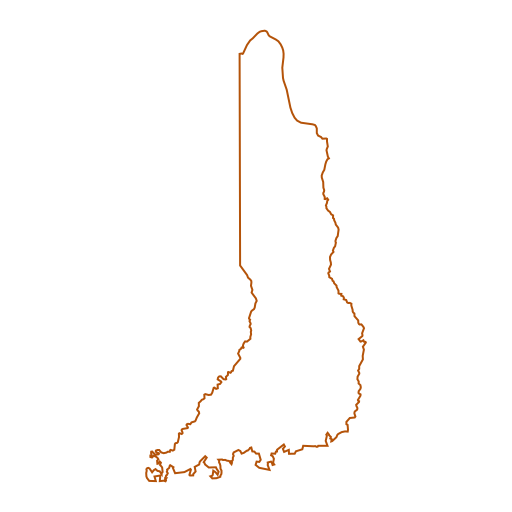 outline of Mironó, Ngöbe Buglé, Panama
{"feature_id": "35544464B14615778162617", "entity_name": "Mironó", "entity_type": "district", "adm_level": 2, "iso_a3": "PAN", "parent_name": "Panama", "parent_adm1": "Ngöbe Buglé", "projection": "natural_earth1", "projection_center": [-81.895, 8.486], "detail": "fine", "context": "isolated", "style": "outline", "palette": "amber", "viewbox_px": 512, "rotation_deg": 0, "n_neighbors": 0, "source": "geoboundaries", "source_scale": "gbopen_adm2", "svg_char_len": 6101}
<svg xmlns="http://www.w3.org/2000/svg" viewBox="0 0 512 512"><path d="M331.3,441.4L332.2,441.1L336.4,437.2L337.4,434.8L338.2,434.0L341.7,432.1L345.0,431.4L347.7,431.6L348.0,429.8L347.6,424.9L346.4,424.2L346.4,421.9L349.8,418.0L354.7,417.5L355.4,416.5L354.4,413.5L354.5,412.2L354.9,411.4L357.0,409.8L357.4,408.8L357.3,407.7L356.4,406.0L356.2,404.8L359.0,402.0L359.1,401.2L358.1,400.7L357.9,400.0L360.4,395.8L360.6,394.8L360.5,394.3L359.0,393.6L358.5,392.9L358.7,391.2L360.5,388.7L360.8,387.2L360.4,385.1L358.6,383.5L358.7,381.5L357.4,379.2L357.6,376.6L359.3,373.7L359.2,372.7L358.1,370.6L359.2,368.9L359.2,366.1L362.9,359.4L362.7,355.9L363.9,349.6L362.9,346.7L365.8,342.6L365.5,341.9L364.0,341.7L363.4,340.3L361.2,341.5L360.5,341.6L358.6,339.1L362.3,336.1L362.5,335.2L362.1,333.3L364.0,328.2L363.4,326.9L361.6,324.6L361.1,324.3L359.9,324.6L359.0,324.1L358.3,322.8L358.2,320.4L354.5,316.2L354.4,313.5L353.2,312.5L352.7,311.5L352.6,309.8L351.3,305.5L351.4,303.7L349.8,302.9L348.2,303.0L347.1,302.4L346.2,300.0L343.7,299.3L343.9,297.8L343.2,296.4L341.2,295.6L341.4,293.9L339.2,293.8L338.5,293.4L338.5,290.7L336.6,287.0L336.5,285.6L334.2,283.3L333.6,281.4L332.6,280.8L332.0,278.8L329.3,277.2L329.2,275.5L328.3,273.4L328.5,272.6L330.0,271.5L329.0,268.9L331.0,264.6L330.8,262.4L330.1,260.0L330.0,257.0L331.1,254.5L333.5,251.9L332.9,250.6L333.9,247.8L335.1,246.3L335.9,242.6L335.5,241.9L335.5,240.7L336.4,238.0L337.7,236.1L338.6,229.6L338.1,227.6L335.8,224.6L335.4,222.7L334.2,220.3L334.0,218.8L333.0,218.0L333.1,215.4L331.2,214.3L329.9,211.9L328.1,210.6L326.4,208.2L326.4,206.7L325.9,205.5L327.0,202.8L327.2,201.0L328.2,199.8L327.2,198.3L325.4,199.1L324.7,199.0L324.7,196.9L323.3,194.1L323.3,193.0L324.0,191.6L324.2,190.2L323.4,187.7L323.2,182.0L321.8,177.6L321.7,175.5L322.8,172.4L324.3,169.8L325.4,164.2L326.2,161.6L327.5,159.2L328.9,158.4L327.9,156.7L326.5,150.3L326.7,149.2L327.8,146.5L327.0,141.5L327.0,138.9L326.3,138.5L322.4,138.7L321.0,137.0L318.1,135.6L316.8,133.1L316.8,128.4L315.8,126.1L314.9,125.0L312.5,124.3L301.0,122.7L297.1,120.6L294.6,117.7L292.2,113.0L290.4,107.6L286.7,89.7L283.6,80.7L283.0,78.0L282.3,67.7L283.5,57.5L283.6,53.8L283.2,50.5L282.3,47.7L280.7,44.4L278.4,41.3L275.8,39.5L269.7,36.3L268.7,35.3L267.2,32.2L266.5,31.4L264.8,30.7L261.4,31.2L259.7,31.8L257.4,33.5L252.7,38.4L250.2,40.4L247.0,45.0L243.0,53.6L242.5,53.9L241.4,53.5L239.6,53.9L240.1,265.5L247.1,275.1L248.0,277.6L250.3,279.6L251.3,281.0L251.4,282.6L251.0,285.8L252.4,289.9L251.6,292.6L255.9,298.4L256.7,300.9L255.4,303.4L254.7,307.6L254.0,309.1L251.7,310.8L251.1,311.7L249.0,318.2L249.1,318.7L250.1,319.7L249.5,321.1L250.6,323.4L250.6,324.2L249.9,325.4L249.5,326.9L250.7,328.2L251.2,330.6L250.8,331.9L251.1,334.3L250.3,337.0L250.4,338.8L247.0,341.6L245.1,341.4L243.7,343.4L243.0,345.3L243.0,346.3L243.6,347.6L243.2,347.9L241.6,347.5L240.8,349.0L239.4,349.9L239.2,351.2L238.1,353.6L240.3,357.8L240.3,358.8L234.0,366.2L232.9,370.7L231.6,371.1L231.0,372.4L230.4,372.8L228.4,372.0L228.0,372.2L227.9,375.0L225.9,376.9L226.2,379.2L225.7,379.5L223.6,379.2L220.8,376.3L219.7,376.3L218.8,376.7L218.0,377.8L217.7,379.4L221.1,381.5L221.4,382.1L220.1,383.9L217.6,384.6L217.8,388.3L216.1,388.9L214.4,387.6L213.7,387.8L212.2,392.8L211.0,394.7L208.6,395.0L205.3,394.1L204.3,394.7L204.5,398.3L203.4,399.2L201.8,399.8L200.6,401.3L198.8,402.9L198.9,406.2L197.1,409.5L197.6,410.5L198.8,411.6L199.2,413.3L196.8,417.5L195.5,420.7L194.8,421.4L191.5,422.4L190.3,424.2L188.0,423.8L186.8,424.3L186.5,425.0L187.9,427.4L187.6,428.1L182.9,428.9L181.8,429.5L181.6,430.3L182.5,432.4L182.5,433.3L181.7,434.0L179.4,433.2L178.9,433.6L179.0,437.1L177.8,442.2L177.1,442.9L175.5,443.2L174.9,444.0L174.3,449.7L172.8,450.6L170.6,449.9L170.1,450.3L169.8,451.8L167.8,451.7L166.4,452.6L163.7,453.2L161.2,452.4L159.2,450.0L157.4,450.0L155.9,450.6L155.8,451.7L156.5,452.4L158.8,453.2L159.0,453.7L158.5,454.3L155.9,454.7L154.8,454.3L152.1,451.5L151.2,451.7L151.1,453.2L151.7,455.3L151.4,455.6L150.4,455.6L150.4,457.0L152.0,457.5L153.8,455.7L156.0,456.7L157.5,457.9L158.4,459.3L157.1,460.7L157.4,463.8L158.0,463.7L159.7,461.5L160.9,462.7L160.0,464.9L161.8,466.9L162.2,467.8L162.6,472.0L161.6,473.4L161.6,474.1L159.7,471.3L157.5,470.9L155.5,469.1L153.8,470.2L152.1,472.3L149.6,468.6L148.5,467.9L147.7,468.0L146.8,468.5L146.4,469.3L146.7,470.8L146.2,473.0L146.4,476.4L147.0,478.0L149.2,480.9L155.8,481.1L154.5,476.5L160.3,475.5L159.8,481.1L163.8,480.7L165.5,481.3L166.0,480.5L165.7,479.4L166.1,478.7L165.1,479.0L165.2,477.7L165.7,477.2L166.1,475.5L166.7,475.3L167.8,473.2L166.8,471.8L167.3,470.5L167.1,469.6L169.2,467.9L169.8,465.6L170.2,465.2L173.4,467.2L172.9,467.9L175.1,473.2L184.4,472.1L190.4,469.0L190.9,469.7L189.4,474.9L190.0,475.5L193.2,475.4L193.3,474.0L195.6,471.5L194.7,466.9L199.2,464.5L199.6,462.2L200.3,461.1L205.2,456.2L206.7,457.6L203.7,462.2L204.5,463.0L205.1,464.5L208.8,467.5L215.9,467.3L216.6,468.8L218.6,471.7L217.6,474.7L215.6,472.3L213.3,470.7L212.7,475.0L212.1,475.8L210.4,476.3L212.3,478.4L216.5,478.2L220.3,476.8L220.4,475.6L221.3,474.2L221.5,472.9L221.5,470.6L220.5,468.7L220.4,465.8L219.9,463.9L219.1,462.5L219.1,460.6L218.4,459.7L222.1,459.5L222.9,460.0L225.2,459.9L227.0,460.7L228.7,460.9L229.4,461.2L230.3,462.8L231.5,464.2L232.0,462.8L231.4,462.1L231.2,461.1L232.2,461.0L232.8,460.0L232.9,457.4L233.7,455.9L233.0,454.1L233.7,452.4L238.4,450.0L240.3,451.0L241.6,453.6L243.9,452.8L246.8,450.7L247.7,450.6L249.7,448.7L250.0,447.9L251.3,447.5L252.3,451.4L254.4,451.6L256.1,453.6L258.9,453.6L260.7,459.8L259.3,461.9L256.6,461.6L255.6,464.9L259.2,467.8L269.5,469.9L267.7,465.1L267.9,463.7L267.7,462.5L271.0,461.6L271.9,462.9L272.6,465.0L274.2,464.5L273.5,463.5L273.2,462.2L273.9,458.8L272.7,456.2L271.1,455.3L271.6,453.5L275.2,453.7L275.9,451.6L277.0,451.5L277.1,449.7L283.8,444.5L284.9,446.5L282.9,448.8L284.1,451.9L288.8,449.9L289.0,453.8L294.7,453.7L295.9,451.3L302.3,449.3L303.2,445.8L313.9,446.3L315.2,446.1L316.6,446.8L317.6,446.7L318.2,445.8L327.5,445.8L325.7,440.9L326.9,435.7L326.3,434.7L327.6,432.8L329.0,434.6L329.0,435.1L330.9,437.0L330.3,438.5L331.7,439.2L331.3,441.4Z" fill="none" stroke="#b45309" stroke-width="2"/></svg>